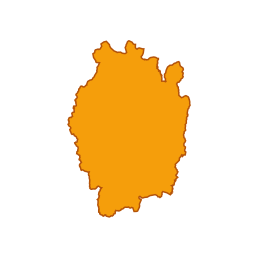 Muong Te, Lai Chau, Vietnam (Natural Earth projection), rotated 221°
{"feature_id": "81297802B94651516294700", "entity_name": "Muong Te", "entity_type": "district", "adm_level": 2, "iso_a3": "VNM", "parent_name": "Vietnam", "parent_adm1": "Lai Chau", "projection": "natural_earth1", "projection_center": [102.647, 22.474], "detail": "fine", "context": "isolated", "style": "filled", "palette": "amber", "viewbox_px": 256, "rotation_deg": 221, "n_neighbors": 0, "source": "geoboundaries", "source_scale": "gbopen_adm2", "svg_char_len": 5809}
<svg xmlns="http://www.w3.org/2000/svg" viewBox="0 0 256 256"><g transform="rotate(221 128 128)"><path d="M150.7,200.4L151.6,199.7L153.3,199.5L155.1,198.5L157.3,195.8L157.7,194.3L157.6,193.0L157.9,192.5L158.6,192.0L158.7,191.6L160.0,191.1L160.1,190.6L160.6,190.8L161.2,190.0L162.5,189.7L164.0,189.8L164.9,190.6L164.9,192.2L165.4,193.8L165.8,194.8L168.0,198.1L168.7,197.4L172.0,195.8L172.7,194.8L172.8,193.6L173.2,193.3L174.4,193.3L175.4,193.7L177.2,196.0L177.9,195.3L179.1,194.9L181.2,195.4L184.0,194.6L184.5,194.4L184.8,193.8L184.9,192.5L184.3,191.1L184.1,189.9L183.3,188.5L182.9,186.9L178.6,184.1L178.8,182.6L179.2,182.1L181.3,180.7L183.3,180.4L185.4,178.5L185.7,177.9L186.7,177.8L189.0,177.0L193.6,177.1L195.6,177.8L196.7,178.7L201.2,179.2L202.7,177.0L203.5,173.7L201.5,172.5L200.9,169.4L201.5,168.1L202.1,168.1L202.5,167.7L203.8,165.6L203.8,164.9L202.6,162.9L203.2,161.0L200.2,158.6L196.2,157.5L195.7,156.8L194.7,156.8L192.3,158.6L191.2,155.1L191.2,153.5L189.9,152.3L189.2,150.8L188.3,150.1L187.6,145.6L187.1,144.7L187.3,142.9L186.9,141.2L187.3,140.2L188.1,139.2L188.9,136.7L187.9,134.0L187.3,133.5L187.8,132.6L187.8,130.9L188.2,130.0L189.4,129.4L190.3,129.4L191.1,128.3L190.5,126.1L190.7,125.1L189.6,123.6L189.6,122.3L189.2,121.8L189.2,120.6L189.4,120.0L189.0,118.8L187.9,118.7L186.4,118.0L186.2,117.2L186.4,115.9L185.8,114.8L186.3,114.2L184.8,113.5L184.2,113.5L183.9,112.7L182.9,112.1L181.7,111.0L181.8,110.3L183.3,109.0L183.3,108.7L182.8,108.2L182.4,108.1L182.7,107.9L182.5,107.3L182.0,107.5L181.9,107.0L181.5,106.9L181.2,107.1L180.5,106.2L179.1,104.9L179.1,104.5L179.8,103.9L180.1,102.3L177.5,100.3L177.7,100.0L177.8,98.5L178.5,98.3L179.1,97.1L178.4,95.0L177.7,94.5L177.2,94.7L176.8,94.5L176.7,93.9L175.4,92.6L175.7,91.5L174.0,90.8L172.6,91.0L171.4,90.7L170.8,89.9L171.0,88.8L170.8,88.5L168.8,87.4L168.4,87.4L167.0,86.5L166.0,86.5L165.1,87.8L163.4,87.0L161.5,87.5L159.7,86.6L158.6,86.6L158.0,85.1L157.3,84.2L157.8,83.1L158.2,82.9L158.1,82.6L158.5,81.9L157.8,81.4L156.0,81.1L155.4,80.7L153.2,80.8L152.2,79.9L151.4,78.3L150.7,77.8L151.0,76.7L149.9,75.0L149.6,75.3L147.5,75.2L146.7,75.7L146.1,75.4L145.7,74.8L144.8,74.1L144.6,72.9L144.1,72.0L143.5,72.0L142.8,72.5L142.1,71.9L140.7,71.6L140.6,68.8L140.2,68.0L139.3,67.7L139.1,67.1L138.3,67.2L135.9,65.5L135.5,65.5L135.4,66.1L134.5,66.7L131.8,67.2L131.1,67.8L129.4,68.4L128.5,69.3L128.2,68.3L127.4,67.1L126.5,66.4L125.7,66.4L124.4,64.8L122.7,63.6L120.4,60.6L119.4,60.0L119.2,59.4L118.4,58.4L117.7,58.4L117.2,57.5L115.9,57.5L115.5,57.7L114.4,59.1L112.8,60.4L112.5,61.7L112.5,63.2L112.7,63.5L112.3,64.6L111.0,65.0L109.4,65.0L108.7,65.6L108.5,64.5L108.7,63.5L107.9,62.6L108.0,61.3L107.7,61.1L107.6,60.2L106.4,58.3L105.2,58.1L105.1,57.5L104.5,57.2L104.6,56.7L104.1,55.9L104.2,55.5L103.9,55.3L104.1,55.0L103.9,54.6L104.2,53.9L103.0,53.7L100.9,51.1L100.8,50.7L99.5,49.5L98.7,49.5L97.8,48.5L97.1,48.2L96.6,47.3L96.1,47.2L96.1,46.7L94.9,45.3L94.0,45.7L93.1,44.8L92.6,44.9L92.3,44.6L90.9,45.0L90.6,45.3L88.9,45.2L88.5,45.8L88.6,46.9L88.3,47.3L87.9,47.7L87.7,47.4L86.5,47.3L83.8,48.6L83.2,49.9L83.2,50.6L82.1,51.3L81.9,52.7L82.2,53.2L82.3,53.9L81.6,54.9L82.1,55.8L82.8,56.4L83.1,57.8L82.5,57.9L81.3,59.1L81.0,59.0L80.3,59.6L79.5,61.4L79.8,62.0L79.8,62.4L79.1,63.1L78.6,64.3L78.7,65.1L78.3,66.3L76.6,67.6L75.7,68.8L74.6,68.7L73.6,69.3L73.1,70.5L71.9,70.9L68.7,69.0L66.9,70.6L66.3,71.6L67.4,75.5L68.1,76.8L69.5,78.1L70.9,82.5L71.7,82.7L72.0,82.3L73.1,82.1L74.0,82.5L74.5,83.4L74.5,83.8L74.0,84.3L72.3,84.3L71.0,84.8L69.9,86.6L68.1,88.5L67.1,91.3L63.7,95.6L61.6,96.1L60.2,95.7L59.4,96.6L58.3,96.5L57.9,98.5L58.5,99.3L58.7,100.2L59.9,101.4L60.0,102.9L56.0,104.7L52.3,105.4L52.4,105.9L52.2,106.1L52.6,106.7L52.2,107.4L52.7,107.5L52.4,107.8L52.8,108.1L52.5,109.0L53.2,109.1L53.6,110.0L54.1,110.4L54.0,110.9L54.4,111.7L55.1,111.7L55.2,112.1L56.3,113.4L57.2,113.1L56.7,114.2L56.1,114.8L56.4,115.0L56.2,115.3L56.3,116.1L56.9,116.6L57.4,117.9L57.4,118.6L57.9,118.8L57.6,119.4L58.5,119.4L58.1,120.2L58.2,121.0L58.5,121.3L58.2,122.1L58.4,122.9L58.2,123.4L60.6,123.5L61.0,123.9L60.9,125.1L61.6,127.7L62.6,127.7L63.5,128.6L64.9,128.7L65.8,129.3L66.9,129.3L67.4,130.8L68.5,131.6L68.1,137.2L69.5,139.2L69.4,140.6L69.8,143.1L69.3,143.1L68.3,142.3L68.2,143.2L68.5,143.9L67.9,144.7L67.2,145.0L67.6,146.1L68.0,146.4L68.3,147.3L68.9,147.9L69.8,147.7L70.2,147.9L71.1,149.1L71.5,150.3L72.2,151.3L74.1,151.3L75.3,152.5L75.7,153.3L75.7,154.6L76.2,156.2L77.5,156.8L78.4,157.5L79.5,157.4L80.5,158.5L81.4,159.0L82.1,160.1L82.2,161.0L83.1,161.8L83.1,164.2L84.7,165.3L86.0,167.4L87.0,168.0L87.2,170.0L88.9,171.8L89.5,173.3L90.3,173.8L90.9,174.8L90.7,175.8L90.9,176.4L91.7,177.4L92.0,177.0L92.3,177.2L93.3,178.4L94.9,181.1L95.2,181.9L95.1,182.8L95.8,184.0L96.1,185.9L97.4,186.8L98.5,188.2L100.7,189.9L101.3,189.9L101.7,190.5L103.1,191.0L105.5,190.4L106.4,188.8L106.6,187.7L107.5,186.0L111.0,186.0L111.9,187.0L112.5,187.5L112.9,188.2L114.3,189.1L114.5,189.9L115.9,190.7L116.9,191.9L117.8,191.7L119.2,192.7L120.2,193.1L120.5,194.9L119.5,196.3L119.8,197.7L119.5,198.4L119.9,199.0L120.1,199.9L119.7,201.4L120.0,202.9L121.0,203.2L122.4,205.7L123.7,205.7L124.1,206.0L124.3,207.5L124.8,208.7L126.1,209.4L128.4,209.1L129.3,209.2L130.9,210.1L131.7,211.0L133.2,211.4L134.3,209.8L134.6,208.3L135.5,207.2L135.9,204.5L137.6,202.7L138.1,199.9L137.1,196.7L135.7,194.2L135.7,192.5L134.5,191.3L133.9,190.3L131.9,189.7L131.3,188.7L129.9,188.0L130.0,187.6L131.3,187.1L133.3,185.5L134.3,186.6L134.4,187.1L136.0,188.6L137.0,189.2L136.8,189.7L137.6,190.1L138.0,189.8L139.0,190.1L139.2,190.6L140.0,190.8L141.0,192.0L142.0,191.2L142.2,191.9L142.7,191.6L143.6,192.1L145.3,192.1L145.2,192.9L145.7,192.8L145.7,193.5L146.3,193.3L146.7,193.5L146.6,194.1L147.6,194.7L147.8,196.0L148.4,196.2L148.6,197.0L149.6,197.7L149.8,198.2L150.1,198.5L150.0,199.6L150.7,200.4Z" fill="#f59e0b" stroke="#b45309" stroke-width="1.5"/></g></svg>